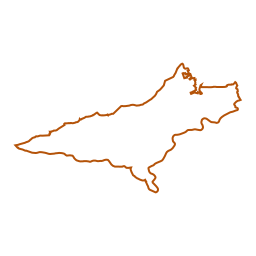 outline of Ungra, Brasov, Romania
{"feature_id": "2599482B21133330999622", "entity_name": "Ungra", "entity_type": "district", "adm_level": 2, "iso_a3": "ROU", "parent_name": "Romania", "parent_adm1": "Brasov", "projection": "natural_earth1", "projection_center": [25.208, 45.983], "detail": "fine", "context": "isolated", "style": "outline", "palette": "amber", "viewbox_px": 256, "rotation_deg": 0, "n_neighbors": 0, "source": "geoboundaries", "source_scale": "gbopen_adm2", "svg_char_len": 5773}
<svg xmlns="http://www.w3.org/2000/svg" viewBox="0 0 256 256"><path d="M157.7,190.9L157.9,190.4L158.0,189.3L157.9,188.7L157.3,187.6L155.9,185.9L152.7,182.6L152.6,181.6L153.8,180.2L154.4,179.5L155.2,178.3L155.4,177.9L155.5,177.3L155.4,176.9L154.7,175.7L153.7,174.7L152.5,174.0L151.0,173.5L150.5,173.2L149.6,172.2L149.1,171.2L148.6,169.2L148.5,168.5L148.5,168.0L148.7,167.7L149.2,167.3L151.6,166.0L153.2,165.4L153.8,165.0L154.7,164.0L155.1,163.7L156.6,162.9L160.7,161.2L162.0,160.5L162.4,160.1L163.3,158.9L164.9,156.0L166.2,153.1L166.9,152.0L168.3,150.9L170.3,150.0L171.2,149.5L172.7,148.1L174.6,145.4L174.9,144.4L175.0,144.0L174.8,143.4L174.4,142.8L173.5,141.9L173.1,141.4L172.9,140.8L172.6,138.8L172.6,138.2L172.7,137.6L173.0,136.8L173.3,136.2L174.2,135.3L174.6,135.0L175.5,134.8L177.1,134.8L179.0,134.5L180.1,134.2L183.9,132.8L185.6,132.0L187.5,130.3L188.2,130.0L192.0,129.9L194.5,129.3L195.3,129.3L197.2,129.7L200.2,130.2L201.3,129.9L202.3,129.0L202.7,128.4L203.0,127.3L202.9,126.6L202.5,125.1L201.9,124.1L201.6,123.5L201.4,122.7L201.4,121.9L201.9,119.9L202.6,119.1L203.3,118.7L203.9,118.4L204.5,118.3L205.9,118.5L206.8,118.9L210.0,121.3L211.3,122.1L214.8,122.4L216.6,122.9L217.1,122.8L218.2,122.4L218.9,121.6L219.7,119.5L220.6,118.2L221.9,117.0L224.2,115.4L230.0,112.4L230.5,112.2L232.7,111.7L236.1,110.4L237.3,110.1L237.7,109.8L237.9,109.2L237.8,108.6L237.6,108.2L236.7,107.7L235.7,107.4L235.3,107.1L235.3,106.2L235.1,105.7L234.3,104.7L234.2,104.4L234.4,103.6L236.4,101.6L237.4,101.0L238.0,100.7L239.4,100.4L240.6,99.9L240.0,99.0L239.0,97.1L238.8,97.2L238.1,95.9L238.2,95.6L238.1,94.2L237.5,93.5L237.1,92.1L237.8,91.5L237.8,91.2L237.5,89.3L236.2,88.4L236.2,87.8L236.4,87.1L237.3,85.5L236.7,84.5L236.1,82.8L235.2,82.1L234.3,83.3L233.1,84.4L232.2,84.4L231.6,84.6L231.4,84.4L230.6,84.7L228.6,84.7L227.3,85.1L226.7,85.7L226.8,86.3L226.0,86.7L224.9,86.9L222.7,87.0L216.8,87.0L215.4,86.8L213.5,86.8L213.0,87.0L210.9,87.2L201.6,87.1L201.2,86.1L201.0,85.3L201.2,84.9L200.6,85.3L199.5,88.8L199.4,90.0L199.7,90.9L199.8,90.9L201.1,92.5L201.9,93.3L201.9,93.5L201.3,93.9L200.4,94.0L200.2,93.0L197.9,92.2L197.7,93.3L194.0,92.4L193.4,92.8L193.5,92.9L191.1,93.9L190.9,93.6L191.0,93.3L190.7,92.6L192.9,91.8L193.2,91.4L195.0,90.8L195.3,90.5L196.0,90.1L195.7,89.5L196.0,89.4L195.7,88.4L195.7,88.0L196.0,87.7L194.0,85.7L195.5,84.6L195.1,84.2L195.1,83.9L195.4,82.9L194.9,80.4L195.5,80.2L195.4,79.9L195.5,79.6L194.4,79.7L194.4,78.0L192.0,78.3L190.3,73.9L189.1,73.7L187.7,70.8L188.8,70.3L188.3,69.1L187.9,68.4L187.6,68.3L187.1,68.3L186.1,68.6L185.6,68.7L185.0,68.6L183.9,67.7L183.4,65.4L183.1,64.4L182.4,63.7L181.9,63.8L180.8,64.5L177.5,68.3L177.6,68.5L177.2,68.9L177.0,69.4L175.6,72.9L174.4,74.8L173.8,76.2L173.1,77.0L165.1,80.8L163.8,85.4L161.4,88.2L159.9,89.8L157.1,91.8L156.1,94.0L155.0,95.7L154.0,96.6L153.6,97.0L153.1,97.4L151.3,99.1L149.9,99.9L146.2,102.4L143.9,103.5L143.0,104.4L142.4,104.6L140.5,104.9L139.6,105.3L136.6,105.6L133.9,104.9L132.7,104.8L131.0,105.0L129.3,105.6L125.6,106.1L123.6,106.2L122.3,106.0L121.2,106.1L113.2,113.8L111.7,113.8L111.4,114.0L109.5,114.7L108.2,114.8L108.1,115.1L107.9,114.9L107.7,115.0L107.6,114.8L107.4,114.7L107.5,114.7L107.4,114.6L107.2,114.8L106.0,115.1L103.5,115.4L103.1,115.3L102.5,115.4L102.4,115.3L101.6,115.4L100.4,115.2L99.5,115.0L98.1,113.6L97.9,113.5L97.6,113.0L97.1,112.6L96.6,112.8L96.4,113.0L95.8,113.3L94.0,114.7L93.8,114.7L93.7,114.8L92.9,115.1L92.8,115.4L90.0,116.4L88.7,116.5L88.2,116.7L85.9,116.8L84.3,117.9L83.9,118.0L83.2,118.3L82.9,118.5L82.5,118.5L82.1,118.8L81.4,119.0L81.4,119.3L80.8,119.6L79.9,119.7L79.7,119.4L79.6,119.9L79.2,120.5L78.1,121.7L77.3,122.1L75.8,122.3L75.1,122.7L73.0,123.2L72.1,123.2L71.4,123.0L70.4,123.0L70.2,123.2L69.3,123.2L69.1,123.1L68.8,123.2L68.6,123.1L68.3,123.2L66.8,123.3L66.5,123.4L65.5,123.3L64.7,123.4L64.2,123.9L64.2,124.3L64.5,125.0L58.7,128.6L56.8,130.1L55.8,130.5L53.7,130.6L52.7,131.2L51.6,131.4L51.2,131.8L50.8,131.7L50.7,131.9L50.0,131.8L50.2,132.3L50.1,132.6L49.9,132.9L49.9,133.1L49.7,133.2L49.5,133.4L49.5,133.7L50.0,133.9L49.9,134.1L49.8,134.3L49.6,134.7L49.2,135.3L42.3,135.7L40.6,135.6L39.8,135.7L38.0,136.3L37.5,136.4L36.3,136.3L36.1,136.5L35.7,136.5L35.4,136.7L34.9,137.3L33.4,137.6L32.3,138.1L30.8,139.5L30.5,139.6L29.1,141.0L27.6,141.8L26.6,142.0L24.9,142.8L19.4,144.3L18.2,144.8L15.4,145.3L17.1,147.2L18.0,147.6L17.9,147.9L19.0,148.6L20.9,149.1L22.6,149.5L25.3,150.7L26.1,150.6L32.1,152.7L35.5,153.0L36.8,152.9L39.6,152.1L41.7,152.2L44.7,152.7L46.0,153.0L48.6,153.8L50.0,154.0L54.4,153.6L55.6,153.3L57.8,153.1L59.1,152.9L61.7,153.1L62.8,153.3L63.9,153.6L64.5,153.9L65.7,155.0L66.8,155.6L70.0,155.3L72.5,155.7L73.0,156.2L74.0,157.7L74.2,158.2L75.8,159.8L76.7,160.4L79.2,161.2L80.4,161.4L83.2,161.3L83.9,161.1L86.2,161.1L88.4,161.4L90.0,161.8L90.8,161.6L92.3,160.9L93.6,160.6L95.2,160.6L97.9,161.2L100.9,160.9L101.5,161.0L103.1,160.6L104.2,160.1L104.7,160.0L105.4,159.8L106.6,159.7L107.9,159.9L109.1,161.2L111.3,164.4L112.9,165.8L114.9,166.6L118.5,166.6L120.3,166.7L122.2,166.7L123.3,166.2L124.5,166.2L126.4,167.8L128.6,167.9L129.7,167.7L130.0,167.6L131.1,167.5L130.8,168.2L130.6,169.3L131.0,170.7L131.7,172.4L132.7,174.4L133.0,175.1L133.7,175.7L134.3,175.9L134.8,176.4L135.4,177.1L136.8,178.0L137.3,178.4L138.2,178.7L139.9,179.6L142.2,180.4L142.7,180.5L143.9,180.4L144.4,180.3L145.1,179.8L146.1,181.5L145.8,181.7L146.5,183.1L147.2,184.8L147.7,185.6L148.1,186.6L148.5,188.1L149.0,189.0L149.7,189.7L155.5,192.3L155.9,192.3L156.4,192.1L157.0,191.7L157.7,190.9ZM183.2,73.1L183.6,73.5L185.0,73.1L185.2,73.7L185.5,73.6L185.9,74.2L187.0,73.8L187.7,74.2L187.8,74.1L188.3,74.4L188.8,74.2L189.0,74.4L189.4,75.6L186.6,76.5L187.0,77.6L184.3,78.2L182.8,73.9L182.6,73.4L183.2,73.1ZM191.1,78.7L190.0,79.5L189.5,79.0L190.5,78.1L191.1,78.7Z" fill="none" stroke="#b45309" stroke-width="2"/></svg>